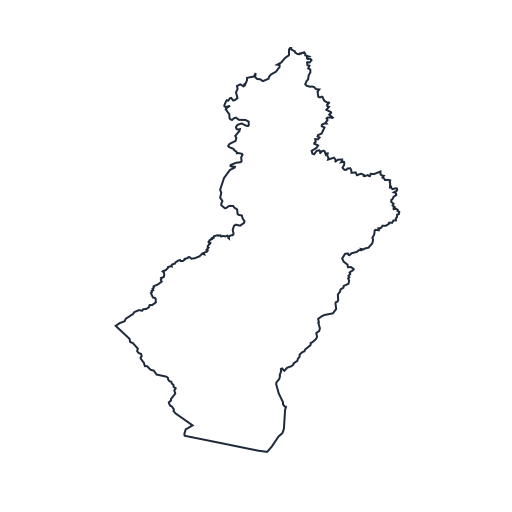 the district of Kedougou, Kédougou, Senegal, rotated 75°
{"feature_id": "50182788B85082652306110", "entity_name": "Kedougou", "entity_type": "district", "adm_level": 2, "iso_a3": "SEN", "parent_name": "Senegal", "parent_adm1": "Kédougou", "projection": "equal_earth", "projection_center": [-12.631, 12.759], "detail": "fine", "context": "isolated", "style": "outline", "palette": "slate", "viewbox_px": 512, "rotation_deg": 75, "n_neighbors": 0, "source": "geoboundaries", "source_scale": "gbopen_adm2", "svg_char_len": 6099}
<svg xmlns="http://www.w3.org/2000/svg" viewBox="0 0 512 512"><g transform="rotate(75 256 256)"><path d="M252.5,107.2L250.4,106.2L249.2,107.6L248.3,107.1L246.7,108.3L246.4,110.9L245.3,110.8L244.6,109.4L242.6,111.0L241.3,109.6L238.6,111.4L236.8,110.7L236.3,109.3L234.5,107.9L233.4,104.7L231.3,104.7L230.2,106.3L229.5,103.3L228.7,102.5L227.3,102.4L226.7,103.7L226.8,106.7L225.8,107.6L224.1,107.6L224.3,108.8L220.6,107.6L219.4,107.8L217.7,106.8L216.7,108.5L216.0,111.7L214.3,112.2L213.1,113.5L211.6,111.8L210.6,113.9L209.3,114.6L206.6,113.9L207.4,120.8L206.3,124.0L208.3,125.2L207.9,126.3L206.8,127.0L207.0,130.5L206.6,131.2L205.6,130.8L203.7,133.3L204.1,137.6L201.1,138.1L200.4,142.2L197.3,141.8L195.6,142.3L195.2,145.1L196.1,146.3L195.7,148.2L194.1,149.2L192.9,149.5L190.9,147.3L188.4,146.5L187.8,146.7L187.5,149.5L186.4,148.1L185.1,147.8L184.2,151.6L185.6,155.5L184.9,154.5L183.3,154.3L181.2,155.3L181.5,161.4L180.3,160.6L177.4,161.2L175.4,160.2L175.2,161.1L176.0,162.4L172.7,162.6L171.8,163.4L171.9,165.1L173.6,168.0L171.8,166.2L171.1,167.4L170.3,167.5L170.1,170.1L172.8,173.6L171.7,175.0L168.8,175.0L167.2,169.5L165.3,167.4L162.6,170.7L161.7,170.1L161.3,168.9L158.4,168.5L159.4,166.0L158.0,164.0L156.5,165.6L155.3,164.9L154.7,160.9L149.6,156.6L147.7,158.9L146.2,158.4L145.7,155.8L146.3,153.6L145.1,154.1L143.2,151.7L141.3,152.2L140.8,151.3L141.5,147.9L142.4,146.7L142.2,146.0L138.4,148.7L137.1,146.3L136.4,146.4L133.0,150.2L130.8,146.9L129.7,148.3L128.5,148.3L127.0,145.8L126.5,146.0L126.3,147.4L123.5,150.0L119.5,150.6L119.1,151.2L119.4,153.1L118.4,154.6L113.4,154.1L111.5,151.8L110.4,154.8L107.8,156.2L106.7,158.2L106.6,159.7L104.8,162.9L102.8,164.0L99.9,161.6L98.8,159.9L95.0,158.3L92.6,155.9L89.9,155.3L88.4,157.0L86.0,155.1L85.1,156.9L82.3,156.6L82.1,155.9L83.0,154.1L81.2,151.7L79.5,152.5L79.2,155.0L78.5,155.6L77.1,155.3L76.9,153.4L74.9,156.5L73.4,156.1L71.7,156.8L72.2,157.6L71.6,158.9L72.3,160.2L71.6,161.1L72.3,162.1L71.5,163.8L69.6,165.5L68.4,165.5L65.4,168.6L64.2,168.2L63.9,169.2L65.0,170.6L70.6,172.2L72.3,176.9L75.6,181.4L76.7,186.0L77.7,183.8L79.5,184.3L83.1,189.0L84.6,194.7L86.2,196.9L88.0,198.0L88.9,204.1L86.3,206.3L85.4,209.0L83.0,210.5L79.2,209.0L82.1,211.5L81.6,218.5L83.9,219.2L88.4,222.7L88.7,223.9L88.2,223.8L88.7,224.3L86.1,226.8L86.9,230.4L89.8,230.5L92.8,233.0L98.7,233.0L99.9,236.0L99.9,237.8L96.9,239.0L96.9,240.3L98.8,242.8L98.0,243.9L98.4,244.5L101.7,247.2L103.1,247.8L104.3,246.9L104.2,242.2L105.1,245.2L106.5,247.3L112.2,245.1L116.0,245.9L117.3,245.4L118.4,243.9L117.2,241.5L117.2,239.5L120.1,237.2L121.9,230.9L124.3,228.3L127.7,229.1L128.4,230.0L127.7,231.7L124.3,235.5L124.5,239.9L126.2,242.0L128.3,241.9L129.2,240.6L129.3,238.7L130.9,239.6L134.7,245.0L136.8,244.4L139.5,245.9L140.9,252.6L142.5,254.4L143.6,254.1L146.7,250.0L148.1,249.7L150.1,248.0L151.9,247.8L151.8,246.8L153.7,243.1L154.7,242.8L156.9,244.8L160.7,245.4L161.4,246.7L160.8,251.1L161.5,256.8L162.4,257.4L163.1,256.7L164.4,253.3L165.1,253.8L166.2,259.0L172.4,266.7L182.7,273.5L186.0,273.2L190.4,275.5L194.3,274.2L196.5,276.0L198.0,276.4L201.8,273.7L201.9,272.4L200.7,269.0L201.7,265.2L203.8,264.3L206.1,262.2L210.8,262.9L211.8,262.1L213.2,259.2L216.2,259.2L219.5,258.1L220.9,258.9L222.6,263.5L220.5,267.4L221.2,269.5L224.9,271.8L228.8,271.9L229.8,273.0L229.6,275.4L230.5,277.4L232.0,277.6L231.3,278.1L229.7,277.6L228.9,278.3L229.2,280.4L228.2,282.3L228.2,284.2L228.0,284.8L226.8,285.0L226.6,287.3L226.0,287.6L226.0,291.5L227.6,292.3L227.1,293.3L227.4,294.3L228.4,294.2L228.5,296.3L230.2,298.3L231.2,298.0L231.4,296.7L231.9,296.8L233.6,299.7L234.8,300.4L235.7,299.7L237.2,302.2L238.1,301.2L239.0,302.0L239.5,306.0L241.0,305.7L239.9,307.5L241.7,310.7L242.3,315.8L241.9,319.1L239.9,320.5L239.6,321.6L240.3,322.6L240.3,325.6L241.0,325.7L241.9,328.0L241.3,330.1L240.3,330.4L240.3,332.4L241.3,335.3L242.4,336.4L242.4,338.9L243.1,339.9L244.3,340.1L243.8,340.8L243.9,343.8L244.5,343.9L246.3,346.7L246.5,349.7L246.8,350.2L247.7,349.2L250.1,349.4L252.4,350.5L252.6,353.3L253.4,353.1L254.3,354.1L256.3,353.7L258.0,357.9L258.8,362.8L260.2,362.9L260.8,364.4L262.4,364.1L262.7,365.9L264.0,365.9L264.6,367.1L269.4,366.3L270.3,364.5L271.2,364.0L274.9,364.8L276.5,369.0L275.9,371.5L277.6,372.5L278.7,375.3L278.3,378.9L279.4,380.1L278.0,383.0L278.7,388.1L280.2,389.8L282.9,398.0L285.0,399.8L285.6,405.3L287.2,409.6L303.3,399.6L306.6,399.8L308.1,397.6L314.9,394.1L317.0,395.4L319.2,394.6L320.8,392.4L323.1,392.3L324.2,393.7L325.4,393.9L330.3,391.9L333.6,391.9L334.2,389.8L338.8,387.1L340.2,384.4L344.8,382.7L349.4,373.7L351.0,372.6L352.8,372.8L354.5,372.0L355.7,370.3L357.5,370.3L359.1,369.1L361.2,369.4L363.0,367.8L364.7,369.7L368.0,369.6L372.1,375.1L373.7,375.6L374.8,378.1L376.2,378.1L378.5,377.6L379.4,376.3L382.9,375.0L384.4,375.8L387.2,374.5L403.2,361.1L405.3,368.8L409.4,371.3L411.2,371.4L444.6,304.3L448.1,295.9L447.6,295.2L444.4,290.4L436.2,281.0L433.9,276.3L430.2,273.8L412.1,267.7L409.5,266.1L408.7,267.3L406.4,268.3L404.2,267.8L394.7,269.6L385.0,269.7L383.4,269.0L380.8,265.4L378.0,263.8L377.1,263.9L373.8,261.5L371.6,261.2L371.3,260.0L374.2,258.3L372.0,254.9L371.6,250.3L370.6,248.0L369.5,247.6L368.0,243.3L366.2,242.1L364.6,240.0L362.6,239.4L360.9,236.3L360.6,234.0L358.9,232.5L356.2,226.4L354.1,225.6L353.9,223.9L351.8,219.6L349.8,217.9L346.0,217.7L344.8,214.4L342.4,213.0L336.7,213.1L336.5,212.5L332.8,212.2L331.2,208.0L330.7,205.1L331.3,196.6L328.0,192.3L322.3,191.5L321.3,190.8L321.2,189.3L320.1,188.1L314.4,186.9L312.2,184.1L310.1,182.9L309.3,179.8L307.6,179.0L306.8,173.9L303.8,172.4L301.4,172.8L300.7,171.4L299.0,171.8L297.9,169.7L296.1,169.9L294.8,165.8L293.9,165.0L291.2,167.2L290.7,170.0L288.0,169.9L284.1,172.8L280.7,173.4L277.3,169.8L276.9,169.3L277.4,166.5L278.9,166.3L279.4,165.5L278.1,162.9L278.1,157.5L277.0,155.1L277.6,152.8L276.3,152.9L277.5,150.4L276.9,148.8L277.1,145.2L273.8,140.3L270.6,138.7L268.6,138.9L265.9,136.3L262.0,134.7L261.7,133.7L263.0,130.7L262.0,130.0L261.0,130.5L261.2,127.9L259.5,126.0L260.4,122.9L259.4,119.4L258.3,118.8L259.1,115.8L257.3,114.1L257.8,111.6L255.9,111.2L254.8,109.7L252.6,109.0L252.5,107.2Z" fill="none" stroke="#1e293b" stroke-width="2"/></g></svg>